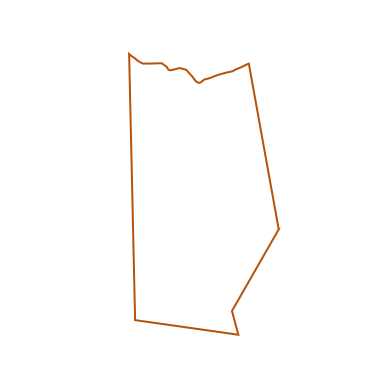 outline of Annus, Laborie, Saint Lucia, rotated 74°
{"feature_id": "8701671B25026940525342", "entity_name": "Annus", "entity_type": "district", "adm_level": 2, "iso_a3": "LCA", "parent_name": "Saint Lucia", "parent_adm1": "Laborie", "projection": "orthographic", "projection_center": [-61.008, 13.775], "detail": "fine", "context": "isolated", "style": "outline", "palette": "amber", "viewbox_px": 384, "rotation_deg": 74, "n_neighbors": 0, "source": "geoboundaries", "source_scale": "gbopen_adm2", "svg_char_len": 633}
<svg xmlns="http://www.w3.org/2000/svg" viewBox="0 0 384 384"><g transform="rotate(74 192 192)"><path d="M42.0,214.4L299.5,282.0L342.0,186.8L318.7,186.4L317.4,186.4L251.5,118.6L251.4,118.9L84.3,102.0L84.3,103.0L85.6,110.3L86.2,115.9L86.6,117.5L87.1,119.8L86.7,125.9L86.6,133.6L86.9,139.1L87.3,141.5L87.4,145.5L87.4,146.8L87.3,149.5L89.0,153.1L89.1,155.1L88.0,156.6L86.1,158.1L81.3,159.8L77.1,161.9L73.0,163.8L69.4,169.8L69.3,174.7L69.1,179.3L67.8,181.0L64.6,181.9L60.0,185.5L58.6,190.5L57.5,195.1L56.6,198.2L55.1,203.6L53.3,205.8L50.0,208.6L47.3,210.4L44.8,212.6L42.0,214.4Z" fill="none" stroke="#b45309" stroke-width="2"/></g></svg>